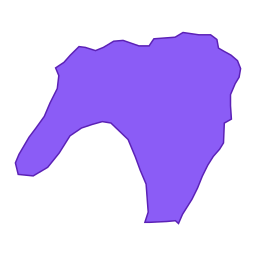 outline of Uddevalla, Västra Götaland, Sweden
{"feature_id": "70781695B49447773116889", "entity_name": "Uddevalla", "entity_type": "district", "adm_level": 2, "iso_a3": "SWE", "parent_name": "Sweden", "parent_adm1": "Västra Götaland", "projection": "orthographic", "projection_center": [11.898, 58.309], "detail": "fine", "context": "isolated", "style": "filled", "palette": "violet", "viewbox_px": 256, "rotation_deg": 0, "n_neighbors": 0, "source": "geoboundaries", "source_scale": "gbopen_adm2", "svg_char_len": 874}
<svg xmlns="http://www.w3.org/2000/svg" viewBox="0 0 256 256"><path d="M178.5,223.5L182.5,214.3L192.0,199.2L197.5,188.1L202.3,176.2L207.8,165.1L213.3,156.4L219.6,149.2L223.5,142.9L224.3,123.1L231.4,119.1L230.5,105.7L230.5,94.6L235.2,83.6L239.1,77.2L240.6,68.6L237.5,60.7L231.1,55.2L224.0,51.3L218.5,48.1L216.9,39.5L214.0,37.3L210.6,34.8L198.8,34.8L183.0,32.5L175.1,37.2L153.9,38.8L151.9,41.7L149.1,45.9L138.9,45.9L123.1,40.4L113.7,41.2L103.4,47.4L95.5,50.6L85.3,47.4L79.0,46.6L70.3,55.2L64.0,62.3L55.6,67.9L58.8,75.6L57.3,88.5L50.1,102.8L44.3,116.4L35.6,128.5L29.1,137.1L19.0,154.3L15.4,162.9L18.2,174.4L33.2,175.9L47.7,167.3L59.2,153.0L70.0,135.8L81.5,128.0L92.3,124.4L102.3,121.6L110.9,123.0L128.1,139.5L135.3,156.8L140.3,170.4L146.1,184.1L148.2,212.1L144.9,222.3L150.0,222.3L166.6,221.5L175.4,220.7L178.5,223.5Z" fill="#8b5cf6" stroke="#5b21b6" stroke-width="1.5"/></svg>